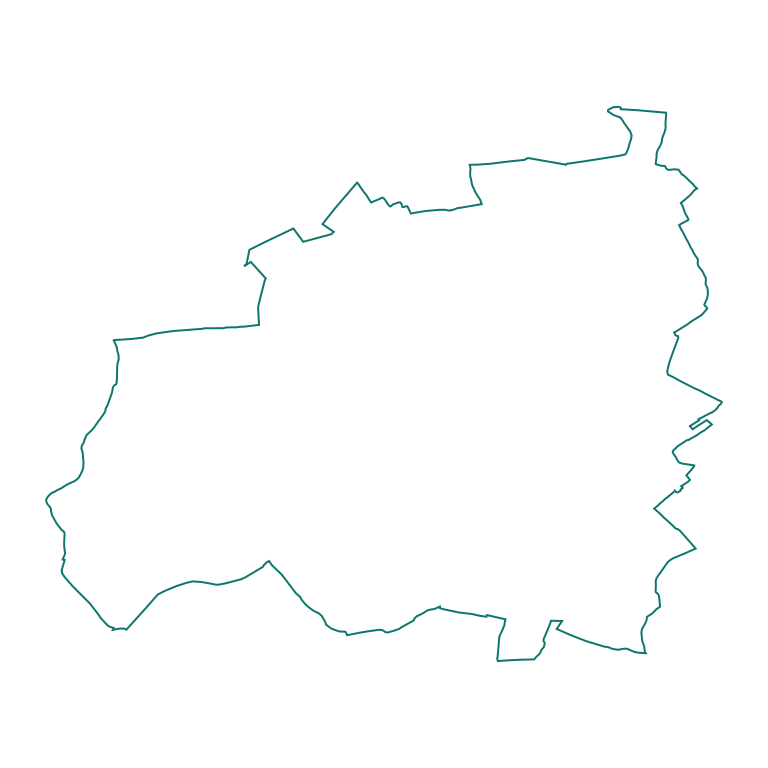 Sauca, Satu Mare, Romania (Equal Earth projection)
{"feature_id": "2599482B69932192644712", "entity_name": "Sauca", "entity_type": "district", "adm_level": 2, "iso_a3": "ROU", "parent_name": "Romania", "parent_adm1": "Satu Mare", "projection": "equal_earth", "projection_center": [22.498, 47.458], "detail": "fine", "context": "isolated", "style": "outline", "palette": "teal", "viewbox_px": 768, "rotation_deg": 0, "n_neighbors": 0, "source": "geoboundaries", "source_scale": "gbopen_adm2", "svg_char_len": 6072}
<svg xmlns="http://www.w3.org/2000/svg" viewBox="0 0 768 768"><path d="M645.7,653.2L645.1,652.3L644.8,650.7L644.6,650.2L644.3,646.6L642.3,641.2L641.4,633.2L641.7,630.4L642.0,629.4L642.4,628.2L644.4,625.0L646.2,621.1L646.8,619.0L646.9,616.9L652.1,613.6L656.5,609.1L660.1,606.7L659.3,598.5L658.8,595.4L657.8,593.8L655.9,592.2L655.6,591.5L655.7,588.3L655.9,585.9L655.7,581.0L656.3,578.7L658.8,574.6L660.0,573.2L666.6,563.7L667.9,562.1L669.3,560.7L672.3,558.7L674.4,557.7L684.1,553.7L695.7,548.6L680.4,531.2L678.0,529.2L675.7,528.6L670.3,523.3L663.6,517.3L660.9,514.5L654.2,508.6L658.4,505.2L660.1,503.3L663.3,500.8L664.9,499.1L667.4,497.3L674.4,491.5L674.8,490.6L676.0,491.9L677.0,492.4L678.0,492.3L680.4,490.8L680.7,490.4L680.6,489.8L680.8,489.4L682.8,487.9L681.2,486.2L688.1,481.7L689.4,480.6L689.9,479.8L686.4,475.3L691.1,470.1L692.2,468.6L694.2,466.2L694.2,465.4L682.5,463.6L680.3,463.0L679.1,462.4L678.4,461.8L676.4,458.4L676.2,457.6L673.5,453.9L673.0,452.8L672.7,451.2L673.9,449.8L676.1,448.0L676.1,447.7L677.8,446.1L686.9,440.2L688.2,440.1L697.7,434.7L700.9,432.3L704.2,430.5L711.9,424.5L706.8,420.1L698.7,425.2L692.7,429.3L689.9,426.1L699.2,420.2L698.5,419.1L701.2,417.9L709.5,413.4L712.0,412.4L714.5,410.7L716.6,409.0L716.7,408.5L717.5,407.9L718.6,405.8L720.6,404.1L721.9,402.3L721.4,401.6L718.1,400.0L705.6,393.8L700.6,391.0L693.9,388.0L682.9,382.4L677.5,379.6L674.1,377.6L668.0,374.6L667.2,371.4L669.0,363.6L670.8,358.1L678.3,337.8L678.1,336.2L676.2,335.7L675.4,335.1L674.1,332.4L675.8,331.6L686.3,325.1L692.0,321.0L701.2,315.3L703.2,313.3L707.2,308.6L706.6,307.2L704.6,305.5L704.4,305.0L704.4,304.5L707.0,298.6L708.0,293.8L707.5,288.7L707.3,287.7L705.6,284.5L705.8,281.4L705.9,278.7L705.5,277.4L704.4,275.4L702.6,271.5L698.6,266.4L697.9,265.0L697.7,261.8L698.0,260.4L697.3,258.3L695.7,256.2L693.7,253.1L692.3,250.0L690.2,246.6L688.8,243.4L685.8,238.0L683.3,232.9L681.0,229.1L680.0,226.8L679.0,225.2L681.3,223.7L688.3,220.0L688.3,219.0L688.0,218.3L684.8,212.6L683.9,209.6L682.2,205.2L680.8,203.0L684.0,200.5L690.5,194.8L694.3,190.3L697.1,188.5L696.5,187.7L695.8,187.7L693.1,184.4L683.9,175.6L682.6,174.7L681.9,174.5L678.6,169.7L674.0,169.3L670.3,169.8L668.3,169.8L667.1,169.3L665.9,167.9L665.1,166.1L660.8,165.7L655.8,164.2L655.8,162.7L656.6,156.6L656.6,154.3L656.9,152.2L658.0,149.4L659.6,146.9L660.8,144.4L661.8,141.7L662.2,138.4L663.2,135.4L664.2,133.3L665.5,128.8L665.7,127.3L665.5,125.1L665.6,121.5L666.1,115.2L666.0,112.7L637.2,110.2L620.8,109.2L620.9,107.9L619.6,107.1L617.6,106.9L613.1,107.3L609.5,109.1L608.0,110.1L608.1,111.5L613.7,115.1L620.7,117.6L620.9,118.3L622.7,120.6L624.0,122.8L630.2,131.6L631.6,135.2L631.2,138.6L629.5,143.6L628.7,147.0L626.8,152.1L625.3,154.5L617.4,156.1L584.4,161.3L567.3,163.7L566.4,164.0L566.1,164.7L527.9,158.0L527.4,158.4L525.4,159.2L524.6,159.9L508.4,161.5L490.6,163.7L476.7,164.7L469.8,164.8L470.5,168.6L470.1,173.6L470.2,176.0L471.3,180.6L471.9,184.0L473.0,187.3L473.8,188.4L474.8,191.2L476.3,193.6L477.2,195.3L480.0,199.4L481.7,204.1L462.1,207.5L457.1,208.2L455.0,209.2L450.8,210.4L448.1,210.5L445.7,209.8L439.6,209.8L425.7,211.0L416.3,212.5L410.9,213.6L407.7,206.8L407.1,206.2L405.3,206.5L403.9,207.0L403.0,207.1L402.4,206.9L401.3,203.6L400.4,202.5L398.5,202.4L393.6,204.2L393.0,204.4L390.4,206.5L388.4,205.0L385.2,200.0L384.0,198.6L382.4,197.6L378.3,199.5L372.5,201.8L371.7,202.5L370.8,202.1L369.0,199.4L366.6,195.3L363.7,191.9L357.5,182.8L357.1,182.6L335.3,208.0L322.5,224.1L333.8,231.9L331.3,234.2L303.2,241.8L293.4,228.5L265.3,241.9L249.4,249.8L246.7,263.4L246.2,264.2L244.7,265.5L244.9,265.8L250.8,261.9L265.7,278.4L264.8,280.4L260.8,295.7L258.1,307.1L259.0,324.9L244.8,326.6L238.7,326.9L237.0,327.3L227.0,327.4L223.1,328.2L204.3,328.3L202.3,328.8L172.4,331.1L156.5,333.4L148.2,335.6L143.2,337.6L131.4,339.0L113.7,340.1L113.2,339.8L114.1,341.1L116.8,347.2L117.4,351.3L118.5,354.8L118.7,359.0L118.3,361.0L117.6,363.2L117.2,366.7L116.9,378.9L116.6,382.9L116.2,384.2L114.3,385.3L113.5,386.4L112.7,387.8L112.6,389.6L111.8,393.1L107.7,404.8L105.6,408.9L105.6,409.9L105.1,411.5L104.0,413.5L99.8,419.5L98.5,421.1L93.9,427.7L91.5,430.5L86.6,435.0L85.4,437.6L83.4,443.2L81.8,445.6L81.5,448.2L81.7,449.8L82.5,451.7L82.7,453.1L83.5,461.9L83.3,465.9L83.0,468.6L82.6,469.9L80.6,474.3L79.0,477.3L77.7,478.6L75.8,480.3L73.9,481.4L66.9,484.6L61.1,488.4L57.1,490.1L54.5,491.9L52.6,492.4L51.7,493.2L50.7,493.7L48.5,496.0L47.3,497.5L46.1,500.0L46.4,501.8L46.9,503.1L47.6,504.3L50.0,507.2L50.9,509.0L51.1,511.2L52.0,515.2L56.6,523.4L61.8,530.2L63.3,531.1L64.4,532.5L64.6,534.3L64.4,537.3L64.1,544.3L64.4,548.3L65.2,553.5L62.7,559.5L64.7,560.0L61.7,570.1L62.2,573.4L64.7,577.1L72.7,586.3L89.8,603.4L97.9,613.8L100.9,618.2L105.6,623.3L107.5,625.3L109.0,626.3L111.0,627.2L113.6,627.9L112.8,629.9L117.2,628.9L121.4,628.5L124.6,628.7L126.4,629.6L147.1,606.7L157.7,594.6L164.1,591.2L176.6,586.0L186.6,582.8L192.7,581.4L200.3,581.9L206.9,582.9L216.0,584.7L218.4,584.7L225.3,583.4L241.0,579.3L245.6,577.2L262.8,566.9L264.1,564.8L266.7,562.4L269.0,561.0L272.1,565.4L281.4,574.3L284.9,578.7L295.7,593.0L300.0,596.8L302.0,600.3L305.5,604.4L308.4,607.0L312.5,610.0L314.6,611.3L318.6,613.2L321.8,616.0L325.3,622.0L326.0,624.6L331.5,628.7L336.5,630.5L339.6,631.5L345.3,631.7L345.9,632.5L347.1,635.2L359.3,632.8L368.0,631.3L379.7,629.7L382.9,630.3L385.3,632.1L387.7,632.5L394.0,630.7L399.0,629.0L401.7,627.1L412.5,621.2L413.9,620.0L414.5,618.3L417.0,616.1L421.5,614.1L427.5,610.4L429.9,609.7L433.8,609.1L435.4,608.6L439.9,606.5L439.9,608.1L443.0,609.1L458.9,612.5L471.8,614.0L479.8,615.8L486.4,616.7L486.9,615.1L505.5,619.3L504.8,621.9L504.4,625.1L502.2,630.5L499.4,636.3L499.1,638.7L498.6,645.6L497.6,656.5L497.2,658.5L497.9,661.1L503.8,660.6L518.7,659.8L534.1,659.4L536.8,656.3L538.9,654.6L540.4,652.5L541.6,649.7L543.8,647.2L544.8,642.9L543.5,641.1L543.7,639.0L549.7,624.8L551.1,620.7L562.1,621.0L556.7,629.0L571.9,635.6L586.3,641.2L605.2,646.9L606.5,646.8L608.4,647.2L610.6,648.2L613.0,649.0L617.7,649.7L619.5,649.5L622.8,648.9L626.0,648.6L627.9,649.1L634.3,651.9L638.2,652.7L645.7,653.2Z" fill="none" stroke="#0f766e" stroke-width="2"/></svg>